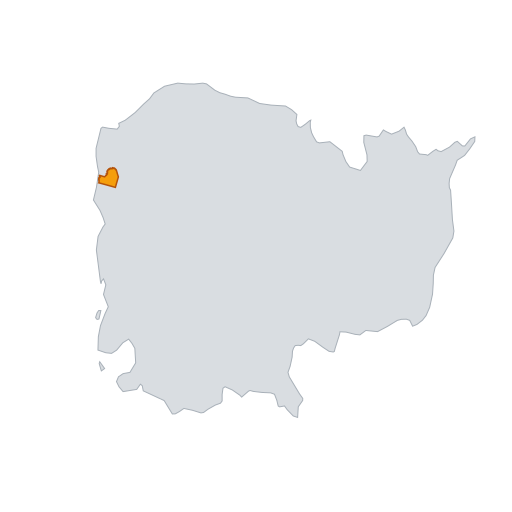 location of Sala Krau, Krong Pailin, Cambodia, rotated 16°
{"feature_id": "14789045B37468243401885", "entity_name": "Sala Krau", "entity_type": "district", "adm_level": 2, "iso_a3": "KHM", "parent_name": "Cambodia", "parent_adm1": "Krong Pailin", "projection": "natural_earth1", "projection_center": [102.586, 13.003], "detail": "fine", "context": "in_parent", "style": "filled", "palette": "amber", "viewbox_px": 512, "rotation_deg": 16, "n_neighbors": 0, "source": "geoboundaries", "source_scale": "gbopen_adm2", "svg_char_len": 4742}
<svg xmlns="http://www.w3.org/2000/svg" viewBox="0 0 512 512"><g transform="rotate(16 256 256)"><path d="M433.6,81.1L434.7,85.6L431.9,94.1L428.8,101.8L423.0,108.5L422.7,113.5L420.8,128.2L421.6,132.9L423.0,137.0L424.9,139.1L430.1,153.6L434.7,166.7L439.4,177.5L440.2,184.4L436.1,201.7L431.3,217.6L431.8,225.5L433.9,233.4L436.2,244.0L437.1,257.5L435.9,266.4L433.7,271.8L429.6,277.4L425.9,280.3L421.5,275.5L417.9,275.3L413.2,276.8L409.5,279.0L402.0,287.2L393.7,295.2L382.1,297.3L377.6,303.2L372.8,304.0L363.6,304.3L357.6,305.7L357.9,308.7L357.5,322.8L357.6,326.2L356.7,327.0L352.5,327.5L345.5,325.3L336.0,321.8L329.2,321.2L325.7,327.4L323.7,329.8L321.1,330.2L318.4,331.3L317.5,334.0L317.3,337.4L318.6,343.3L319.2,352.7L318.8,359.0L321.3,363.0L335.9,376.6L340.2,380.0L340.7,382.0L338.2,389.3L340.5,399.7L335.9,399.5L328.3,395.1L324.7,392.3L320.3,394.5L318.7,394.1L315.8,389.0L311.9,383.8L307.8,383.5L299.4,385.5L290.7,386.9L287.4,386.9L286.1,387.9L281.1,395.6L279.0,394.3L270.2,391.3L262.3,390.2L260.7,392.2L261.6,398.5L263.4,404.7L262.4,407.3L258.0,410.5L252.2,416.4L248.7,420.9L246.3,422.0L237.5,421.8L228.7,422.4L225.2,426.7L221.9,430.0L219.1,430.9L207.6,420.3L184.8,416.7L182.4,412.0L180.2,411.1L178.1,417.1L165.6,423.0L160.4,419.5L156.5,415.2L157.1,410.0L160.7,405.7L166.9,402.6L169.8,391.9L165.0,378.2L160.9,374.2L156.5,371.0L151.9,376.1L148.0,384.9L144.0,389.4L138.3,390.4L130.0,390.0L126.7,377.0L125.7,365.8L126.8,353.0L128.0,345.5L120.0,335.0L119.6,325.1L115.7,320.0L114.5,322.6L114.7,325.4L113.5,323.4L100.9,294.2L98.8,280.7L100.9,270.3L102.2,266.8L98.5,261.3L93.4,255.1L84.3,247.0L83.7,234.0L81.7,218.8L79.0,213.7L74.8,204.3L72.6,196.6L71.8,176.0L73.0,174.4L79.4,173.8L87.6,172.3L88.9,169.0L87.5,166.3L92.8,161.6L100.3,151.4L106.2,140.8L110.4,134.1L112.9,127.4L121.3,118.0L133.1,111.4L141.0,109.9L149.3,107.7L157.2,104.5L161.0,104.2L170.8,108.0L176.1,109.0L181.7,109.0L187.5,109.4L192.6,109.0L204.6,106.3L217.4,108.4L228.9,106.8L243.0,103.7L250.0,105.6L256.3,108.7L257.2,115.0L258.7,117.8L260.8,120.0L263.6,120.0L267.2,115.6L270.2,111.2L271.2,110.3L271.3,112.5L272.8,117.4L275.5,122.2L278.3,125.4L282.8,129.6L285.8,129.8L295.5,125.8L310.0,131.6L311.7,134.6L316.4,140.5L321.5,144.7L332.8,145.0L336.8,134.5L334.8,128.2L328.3,117.1L326.6,110.6L328.6,109.4L339.5,108.2L341.3,106.9L343.7,99.7L346.6,100.5L352.7,101.5L359.1,96.6L362.8,91.4L364.9,93.8L367.2,97.4L369.7,99.5L374.3,102.6L379.4,106.9L382.6,111.2L385.1,112.9L391.6,111.7L393.3,111.9L397.1,106.7L399.7,103.8L401.9,104.7L405.2,104.6L412.0,98.0L415.8,91.9L417.9,90.3L424.0,93.3L426.4,92.7L429.9,84.3L433.6,81.1ZM122.4,359.8L121.2,360.6L120.0,360.5L118.8,359.3L118.9,354.6L119.8,351.8L121.9,351.2L122.4,359.8ZM141.5,405.9L139.0,409.1L134.9,402.6L134.9,400.7L141.5,405.9Z" fill="#d9dde1" stroke="#a8b0b8" stroke-width="1"/><path d="M98.0,211.8L97.9,211.8L97.8,211.7L97.7,211.7L97.5,211.8L97.4,211.8L97.3,211.7L97.2,211.4L97.3,211.4L97.2,211.3L97.1,211.2L96.9,211.1L96.6,211.0L96.4,211.0L96.2,211.0L96.1,210.9L96.1,210.7L95.9,210.6L95.8,210.8L95.7,210.8L95.4,210.7L95.2,210.7L95.2,210.8L95.0,210.7L94.9,210.6L94.7,210.7L94.6,210.8L94.4,211.0L94.4,210.9L94.4,210.7L94.1,210.7L94.1,210.8L93.9,210.7L93.7,210.7L93.7,210.8L93.7,211.0L93.8,211.1L93.8,211.3L93.7,211.5L93.4,211.6L93.2,211.5L92.9,211.7L92.9,211.8L92.7,211.8L92.5,211.7L92.4,211.7L92.3,211.8L92.3,212.0L92.2,212.0L91.9,212.2L91.8,211.9L91.7,211.8L91.5,212.0L91.6,212.3L91.4,212.4L91.2,212.3L91.1,212.5L91.3,212.5L91.5,212.7L91.4,212.8L91.3,213.0L91.2,213.0L91.0,212.9L90.9,212.9L90.6,212.9L90.5,213.0L90.4,213.0L90.3,213.4L90.5,213.4L90.8,213.2L90.9,213.3L90.8,213.5L90.7,213.6L90.6,213.8L90.4,214.0L90.2,214.0L89.9,214.0L89.8,214.3L89.8,214.5L89.7,214.8L89.5,215.0L89.5,215.3L89.7,215.1L89.8,215.1L89.9,215.4L89.9,215.5L89.9,215.8L90.0,215.9L90.0,216.0L90.1,216.3L90.1,216.5L90.1,216.8L90.3,216.9L90.3,217.0L90.2,217.2L90.1,217.3L90.0,217.5L90.3,217.6L90.4,217.8L90.1,217.9L90.0,218.0L90.3,218.0L90.3,218.3L90.2,218.4L90.1,218.5L90.3,218.7L90.3,218.8L90.2,218.9L90.0,218.7L90.0,218.8L89.9,219.0L89.9,219.3L89.9,219.5L89.7,219.5L89.7,219.9L89.6,220.0L89.4,220.1L88.7,221.6L83.4,221.6L83.3,221.8L83.4,222.0L83.5,222.0L83.7,222.4L83.8,222.4L83.8,222.5L83.9,222.4L83.9,222.5L84.0,222.5L84.2,222.8L84.3,223.0L84.4,223.3L84.3,223.6L84.2,223.7L84.1,223.8L84.0,224.0L83.9,224.0L83.7,224.1L83.4,224.3L83.5,224.5L83.5,224.8L83.6,225.0L83.7,225.3L83.7,225.5L83.8,225.6L83.9,225.8L83.9,226.0L84.0,226.0L84.0,226.3L84.1,226.5L84.3,226.5L84.4,226.8L84.5,227.0L84.5,227.4L84.6,227.6L84.6,227.8L84.6,228.0L84.7,228.3L84.8,228.3L85.0,228.5L84.9,228.7L84.9,228.8L84.8,229.0L90.3,228.9L101.6,228.8L101.9,228.8L101.9,226.3L101.9,222.9L101.9,217.9L101.6,217.4L100.9,216.4L98.0,211.8Z" fill="#f59e0b" stroke="#b45309" stroke-width="1.5"/></g></svg>